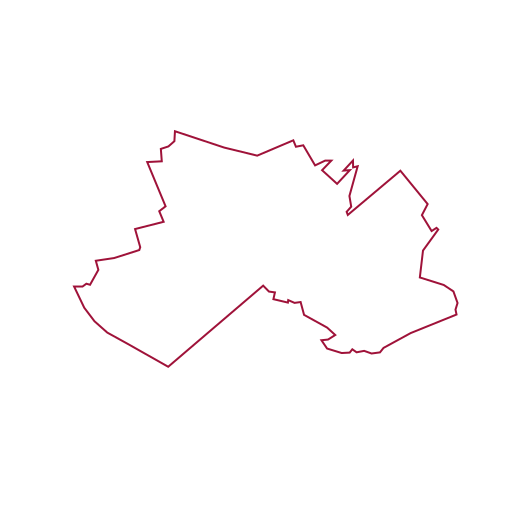 the district of Ballyfermot-Drimnagh Lea-5, South Dublin, Ireland, rotated 331°
{"feature_id": "5873133B64258564614963", "entity_name": "Ballyfermot-Drimnagh Lea-5", "entity_type": "district", "adm_level": 2, "iso_a3": "IRL", "parent_name": "Ireland", "parent_adm1": "South Dublin", "projection": "albers", "projection_center": [-6.344, 53.336], "detail": "fine", "context": "isolated", "style": "outline", "palette": "rose", "viewbox_px": 512, "rotation_deg": 331, "n_neighbors": 0, "source": "geoboundaries", "source_scale": "gbopen_adm2", "svg_char_len": 1119}
<svg xmlns="http://www.w3.org/2000/svg" viewBox="0 0 512 512"><g transform="rotate(331 256 256)"><path d="M125.5,310.3L247.9,285.4L250.1,293.4L254.9,297.0L250.3,302.2L261.3,312.2L262.8,310.2L267.0,315.7L272.7,317.9L269.5,330.8L283.5,353.1L287.0,363.5L278.5,364.0L272.4,361.4L273.3,371.4L283.9,382.4L291.1,385.9L295.0,384.3L297.3,389.0L304.6,391.4L309.8,397.3L317.7,400.4L323.0,398.2L353.9,398.4L403.0,404.4L404.5,399.6L409.5,394.8L411.5,382.7L406.2,372.4L388.9,354.2L404.7,332.2L428.2,321.2L427.5,318.9L421.7,319.3L420.9,300.7L431.3,293.8L423.6,251.4L356.2,264.6L356.7,261.3L363.2,259.0L366.8,248.8L388.4,226.8L383.9,225.6L387.1,219.5L374.1,223.8L379.7,226.4L361.9,232.2L355.4,213.0L368.1,209.1L362.8,206.1L351.6,205.4L351.0,182.1L343.9,179.8L344.7,172.9L305.7,168.8L280.8,145.8L245.6,107.6L240.3,116.0L232.5,117.7L224.7,116.2L219.5,127.5L206.4,121.1L201.0,168.7L193.1,169.9L191.8,181.3L163.3,173.8L159.0,192.2L156.8,194.2L130.9,189.0L113.6,182.5L111.4,191.7L96.9,200.7L94.2,198.0L89.5,198.6L82.1,194.5L80.7,218.0L83.1,234.8L88.8,250.9L101.1,270.5L125.5,310.3Z" fill="none" stroke="#9f1239" stroke-width="2"/></g></svg>